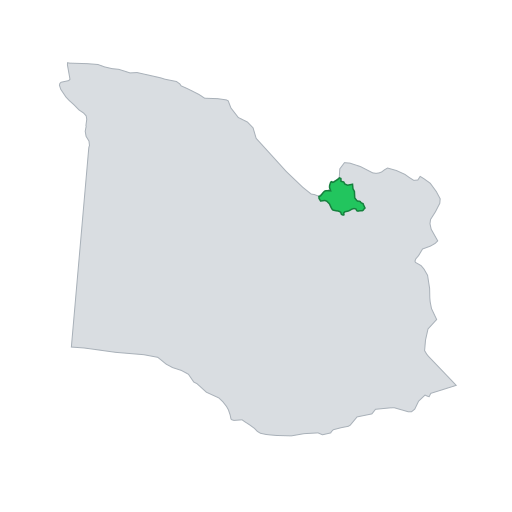 Nebbi on a map of Uganda (Robinson projection), rotated 95°
{"feature_id": "UGA-3084", "entity_name": "Nebbi", "entity_type": "District", "adm_level": 1, "iso_a3": "UGA", "parent_name": "Uganda", "parent_adm1": "", "projection": "robinson", "projection_center": [31.298, 2.468], "detail": "fine", "context": "in_parent", "style": "filled", "palette": "green", "viewbox_px": 512, "rotation_deg": 95, "n_neighbors": 0, "source": "natural_earth", "source_scale": "10m", "svg_char_len": 3268}
<svg xmlns="http://www.w3.org/2000/svg" viewBox="0 0 512 512"><g transform="rotate(95 256 256)"><path d="M362.8,432.0L355.7,432.0L344.1,432.0L332.4,432.0L320.8,432.0L309.2,432.0L297.6,432.0L285.9,432.0L274.3,432.0L262.7,432.0L251.1,432.0L239.4,432.0L227.8,432.0L216.2,432.0L204.6,432.0L192.9,432.0L181.3,432.0L169.7,432.0L162.8,432.0L161.4,431.8L160.5,431.5L156.1,432.4L151.6,435.7L146.7,437.0L141.6,436.5L140.9,436.8L138.3,436.7L134.6,436.5L131.2,437.4L128.6,440.2L125.9,445.1L121.1,450.7L117.4,455.6L114.2,459.2L107.0,465.0L103.0,466.7L101.1,466.4L99.9,465.3L97.6,457.9L96.2,456.7L82.1,460.5L79.9,460.6L80.1,458.3L79.1,440.8L79.0,430.2L80.8,423.5L81.9,415.8L82.0,409.0L84.6,397.4L83.6,390.5L86.9,366.2L87.8,362.3L89.1,350.5L91.2,346.9L93.0,345.5L95.5,338.3L100.1,326.8L103.3,320.9L102.6,307.9L103.1,299.1L103.9,297.2L110.7,293.9L119.6,285.7L123.3,276.2L128.6,270.1L138.8,266.1L169.2,233.2L183.4,215.5L189.5,206.4L189.7,203.2L190.9,198.9L188.4,195.6L185.5,192.5L184.5,189.7L182.0,188.3L178.4,188.4L176.0,186.4L173.2,182.4L170.5,179.9L161.9,180.1L155.3,176.0L155.3,170.5L157.9,159.5L163.0,147.0L163.2,143.6L162.5,140.6L161.3,138.1L159.0,135.6L156.9,132.6L158.6,123.6L161.7,114.8L164.3,110.4L166.9,105.4L166.2,101.4L162.4,99.4L164.4,95.4L168.4,88.7L176.1,82.0L183.0,77.5L187.5,77.5L196.3,81.1L204.4,85.3L208.7,85.5L214.1,83.8L225.1,76.3L227.8,78.6L231.0,83.2L234.5,90.7L241.5,94.1L244.8,96.5L247.2,97.2L248.5,96.6L251.2,90.7L254.4,87.5L260.3,83.4L273.3,80.2L282.6,79.2L286.5,78.5L293.1,76.6L303.5,70.5L313.7,78.3L324.9,79.8L335.6,79.8L338.9,77.4L340.8,75.6L352.1,62.7L367.4,45.3L377.6,69.9L381.1,71.3L380.6,73.4L379.8,75.5L386.5,81.4L394.7,84.5L397.6,87.5L397.9,90.8L395.1,105.1L395.6,109.2L398.3,123.6L403.2,126.8L407.5,141.3L416.3,147.4L417.6,149.2L419.6,156.2L422.3,163.8L424.4,165.6L425.7,166.1L428.3,174.2L426.8,178.8L428.8,192.7L432.1,205.1L433.0,220.0L433.0,226.5L432.9,230.5L432.2,236.1L430.6,239.4L427.8,242.6L424.8,247.6L422.0,252.9L420.4,255.6L421.7,263.6L421.3,265.7L420.6,266.7L416.6,267.9L411.6,270.1L408.5,272.2L404.1,276.3L400.6,280.7L396.0,293.6L388.3,303.7L387.0,307.0L379.7,313.0L376.5,320.4L374.4,329.5L371.6,336.0L365.5,345.0L364.1,359.1L364.2,387.3L362.6,419.4L362.8,432.0Z" fill="#d9dde1" stroke="#a8b0b8" stroke-width="1"/><path d="M180.3,188.8L179.5,188.8L176.6,188.2L175.6,187.7L175.3,187.0L175.5,186.7L175.9,186.5L176.0,186.1L175.8,185.5L175.7,185.2L172.0,180.5L170.9,179.7L171.4,178.2L174.2,177.8L174.6,175.1L176.6,173.7L177.5,170.9L176.1,166.1L180.5,165.3L183.1,163.6L189.5,162.7L191.8,160.6L192.5,159.5L192.4,158.0L192.7,156.9L193.7,156.1L194.2,154.9L194.5,153.9L195.8,153.3L198.7,151.6L199.9,152.6L200.9,153.1L201.6,154.0L201.9,156.6L202.2,157.5L202.4,158.4L202.2,159.3L201.9,159.7L200.8,160.3L200.4,160.7L200.2,162.5L200.7,164.0L201.5,165.4L202.4,166.6L203.2,168.1L204.2,171.3L205.4,172.4L205.9,172.3L206.6,172.1L207.3,172.0L207.6,172.6L207.5,173.5L207.2,174.2L206.7,174.8L206.0,175.0L205.0,175.5L204.4,176.8L204.0,178.4L204.0,179.5L203.8,181.5L203.5,183.4L202.5,184.5L201.0,185.5L197.6,187.4L195.2,190.3L194.7,192.3L195.6,196.4L193.2,198.2L191.3,198.5L191.3,198.4L191.2,198.2L190.5,196.9L186.8,194.5L185.4,193.3L184.9,192.1L184.7,190.5L184.6,187.3L181.4,188.7L180.3,188.8Z" fill="#22c55e" stroke="#15803d" stroke-width="1.5"/></g></svg>